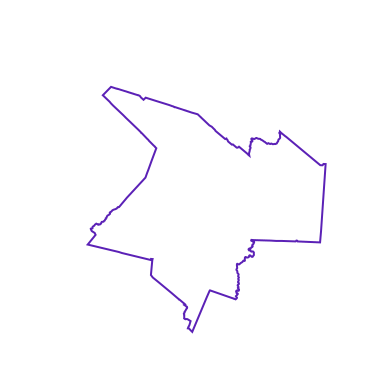 Los Herreras, Nuevo León, Mexico (Mercator projection), rotated 310°
{"feature_id": "50627088B26281620081416", "entity_name": "Los Herreras", "entity_type": "district", "adm_level": 2, "iso_a3": "MEX", "parent_name": "Mexico", "parent_adm1": "Nuevo León", "projection": "mercator", "projection_center": [-99.412, 25.939], "detail": "fine", "context": "isolated", "style": "outline", "palette": "violet", "viewbox_px": 384, "rotation_deg": 310, "n_neighbors": 0, "source": "geoboundaries", "source_scale": "gbopen_adm2", "svg_char_len": 5945}
<svg xmlns="http://www.w3.org/2000/svg" viewBox="0 0 384 384"><g transform="rotate(310 192 192)"><path d="M208.8,61.5L208.2,70.9L207.8,73.0L207.5,76.0L206.7,89.7L206.3,94.0L205.2,110.9L204.9,114.3L204.8,114.8L204.6,115.2L204.8,115.7L203.9,123.8L203.9,124.9L203.6,125.9L203.0,132.4L202.9,134.7L202.7,134.9L202.6,136.5L189.9,141.0L181.2,144.2L177.7,145.4L173.1,147.1L145.9,145.8L133.6,145.8L133.1,145.5L133.1,145.2L132.9,145.0L132.6,144.9L130.8,144.9L130.3,144.6L129.7,144.4L128.4,143.5L126.9,142.8L124.9,142.8L124.6,142.5L124.0,142.3L123.6,142.3L123.3,142.3L123.1,142.4L122.9,143.0L122.6,143.2L121.4,143.1L119.5,142.4L118.3,142.6L117.4,143.1L116.5,142.8L116.0,143.3L115.1,143.2L114.4,143.3L114.0,143.5L113.2,143.2L112.4,143.3L111.1,142.1L110.9,142.1L110.3,142.2L109.8,142.5L109.5,142.6L109.3,142.6L108.9,142.3L108.5,142.5L108.3,142.5L106.9,141.5L106.9,141.3L106.8,141.2L107.0,141.0L107.0,140.8L106.7,140.7L106.2,139.0L105.4,138.9L104.9,138.7L104.6,138.6L103.3,138.8L102.7,138.5L101.8,138.3L101.3,138.3L101.0,138.5L100.6,138.7L100.5,138.8L100.4,139.0L100.2,139.1L99.5,138.6L99.0,138.1L98.9,138.1L98.7,138.1L98.2,139.0L97.7,140.2L97.7,140.8L98.1,143.7L97.2,145.7L84.7,145.9L99.1,174.7L100.2,177.5L113.4,204.1L114.4,203.6L115.3,204.9L114.1,205.5L102.0,213.9L101.3,216.9L101.4,223.3L101.5,241.3L101.4,250.4L101.3,251.2L101.5,251.3L101.5,258.9L100.5,258.6L100.8,261.5L100.6,261.5L100.4,262.5L99.9,262.8L99.6,262.9L98.5,262.9L97.6,263.1L96.8,263.3L95.6,263.3L95.3,263.4L94.9,263.9L94.1,263.8L93.5,264.0L93.4,264.3L92.9,264.8L92.9,265.1L92.7,265.3L92.2,265.5L91.0,266.7L90.2,267.1L90.1,267.9L90.3,268.3L90.3,268.7L91.1,269.4L91.6,270.1L91.7,270.4L92.2,273.9L90.1,274.8L88.3,275.6L85.9,276.1L84.9,276.5L85.5,277.5L85.2,279.8L85.0,282.1L121.1,270.9L127.6,269.0L127.9,269.0L128.2,269.0L136.6,291.1L136.8,291.5L137.0,292.2L137.3,292.6L137.2,292.9L137.4,293.2L137.8,294.4L139.3,294.6L139.7,294.5L139.9,294.4L140.0,293.7L140.2,293.2L140.3,292.9L140.4,292.6L140.8,292.6L141.3,292.7L142.0,292.7L143.1,292.7L143.4,292.6L143.5,292.2L143.1,291.9L143.1,291.5L143.4,290.8L143.9,290.6L144.1,289.9L144.3,289.6L145.0,289.5L145.3,289.6L145.6,289.9L146.1,291.0L146.3,291.2L146.7,291.2L147.5,290.7L147.7,290.3L147.7,290.1L147.5,289.8L147.6,289.6L147.8,289.3L148.0,288.8L148.1,288.7L148.4,288.7L148.9,288.8L149.0,288.8L149.4,288.1L149.6,287.2L150.0,286.9L150.3,286.8L151.3,287.1L152.0,286.8L152.4,286.2L152.3,285.7L152.4,285.4L152.8,285.2L153.0,284.9L153.3,284.8L154.0,284.8L154.5,284.5L154.8,284.2L155.0,283.4L155.2,283.2L155.9,283.1L156.7,282.8L156.8,282.5L156.9,281.8L157.2,281.4L158.5,280.9L158.9,280.6L159.0,280.2L159.2,278.8L159.5,278.5L160.2,277.9L160.5,277.5L160.7,277.1L160.8,276.4L160.9,276.1L161.3,275.8L161.7,275.7L162.4,275.6L162.8,275.5L164.6,273.6L165.1,273.2L165.6,272.8L166.0,272.8L166.3,273.1L166.3,274.0L167.1,274.8L167.8,274.8L169.0,275.0L170.7,275.6L172.4,275.5L172.8,275.8L172.7,276.2L172.9,276.5L173.1,276.6L173.4,276.6L173.6,276.2L173.9,276.1L175.6,274.8L176.0,274.7L176.4,274.7L176.7,274.9L176.8,275.0L176.9,275.8L177.1,276.3L178.1,277.1L178.8,277.3L179.2,277.2L179.5,277.1L179.8,276.8L180.0,276.8L180.4,276.8L180.7,277.0L180.8,277.5L180.9,277.8L180.7,279.2L180.9,279.6L181.1,279.9L181.3,280.0L181.6,280.1L182.3,279.9L183.2,280.0L183.6,279.8L184.0,279.5L184.7,278.8L185.5,278.2L185.6,276.8L185.3,276.5L184.7,276.1L184.5,275.6L184.4,275.3L184.5,274.9L185.0,274.3L185.0,274.1L185.0,273.9L184.9,273.8L184.3,273.7L184.0,273.4L184.1,272.7L184.3,272.3L184.6,272.1L184.8,272.1L185.4,272.2L185.8,272.4L186.1,272.6L186.7,273.1L187.4,273.2L188.0,273.1L188.4,273.5L188.7,273.5L189.0,273.5L189.3,273.4L189.6,272.6L190.1,272.3L190.5,272.2L190.9,272.5L191.2,272.5L192.4,272.3L192.6,272.1L192.6,271.7L192.8,271.5L193.1,271.5L193.5,271.8L194.1,271.3L194.3,270.9L194.3,270.7L194.1,270.5L193.7,270.0L193.2,269.8L192.9,269.2L192.8,268.8L193.0,268.4L193.5,268.3L194.9,270.3L205.5,283.7L206.6,285.2L208.6,287.9L212.2,292.2L220.8,303.2L221.9,303.2L222.3,303.9L222.1,304.8L235.7,322.5L244.7,316.2L299.3,276.4L298.0,274.7L297.7,274.8L297.0,274.8L296.4,274.8L295.0,273.1L294.9,253.4L294.8,228.3L294.7,228.0L294.6,221.4L294.8,221.0L294.8,220.5L294.4,220.8L293.6,220.8L293.4,221.1L293.1,221.3L293.0,221.7L293.3,222.2L293.3,222.3L291.8,223.1L291.5,223.4L290.4,224.5L290.1,224.7L289.7,224.8L289.0,224.8L288.8,224.8L288.5,224.7L288.0,224.6L287.9,224.7L287.1,224.8L286.4,225.3L286.0,225.4L284.8,225.4L284.1,225.6L283.9,225.7L283.5,225.7L282.9,225.3L282.4,225.1L282.1,224.5L281.6,224.2L280.7,223.3L280.4,222.9L280.3,222.2L280.0,221.5L279.8,221.4L279.2,221.2L278.9,220.8L278.7,220.1L278.6,219.5L278.5,219.1L278.1,218.9L277.5,218.8L277.2,218.6L277.2,217.6L277.1,216.5L277.2,215.7L276.9,214.6L276.9,213.6L276.7,212.1L276.4,211.1L276.5,210.2L276.3,209.7L275.8,209.2L275.6,208.9L275.1,207.8L274.9,206.8L274.7,206.5L274.5,206.4L274.3,206.3L273.6,206.1L272.5,205.6L272.3,205.2L272.0,204.2L271.5,203.4L271.1,203.3L270.8,203.3L270.7,203.4L270.4,204.2L270.2,204.6L270.1,205.3L269.5,205.7L269.4,205.7L269.2,205.6L268.8,204.9L268.3,204.7L268.2,204.8L268.0,205.2L267.7,205.4L267.3,205.5L266.9,205.9L266.5,206.2L265.9,206.3L265.7,206.4L265.3,206.8L265.0,207.0L264.2,206.8L264.0,207.0L263.9,207.3L263.8,207.9L263.7,208.2L263.5,208.5L262.9,208.6L262.5,208.9L261.4,209.0L260.8,209.7L259.6,210.2L258.9,210.6L258.4,210.7L257.4,211.6L256.7,212.5L256.7,211.2L256.9,209.4L256.9,207.3L256.9,198.9L256.1,198.8L255.8,198.7L255.5,198.4L254.9,198.1L254.7,197.6L254.7,192.7L253.9,192.1L253.9,187.3L254.5,185.9L254.7,185.7L254.8,184.6L255.1,184.0L253.9,183.4L253.9,170.8L254.3,169.7L254.4,169.0L254.4,168.4L254.7,165.2L254.2,162.5L255.2,146.4L252.6,140.6L245.9,123.9L245.7,123.9L245.5,122.8L245.4,122.3L245.0,121.6L244.9,121.3L244.9,121.2L244.0,118.7L238.3,105.1L234.5,95.9L231.5,95.6L231.6,92.1L231.9,91.0L232.0,90.8L232.0,89.8L231.5,88.6L231.5,88.3L231.3,88.2L231.2,87.8L230.9,87.2L223.3,68.9L223.1,68.7L222.9,68.0L222.7,67.9L220.5,62.4L208.8,61.5Z" fill="none" stroke="#5b21b6" stroke-width="2"/></g></svg>